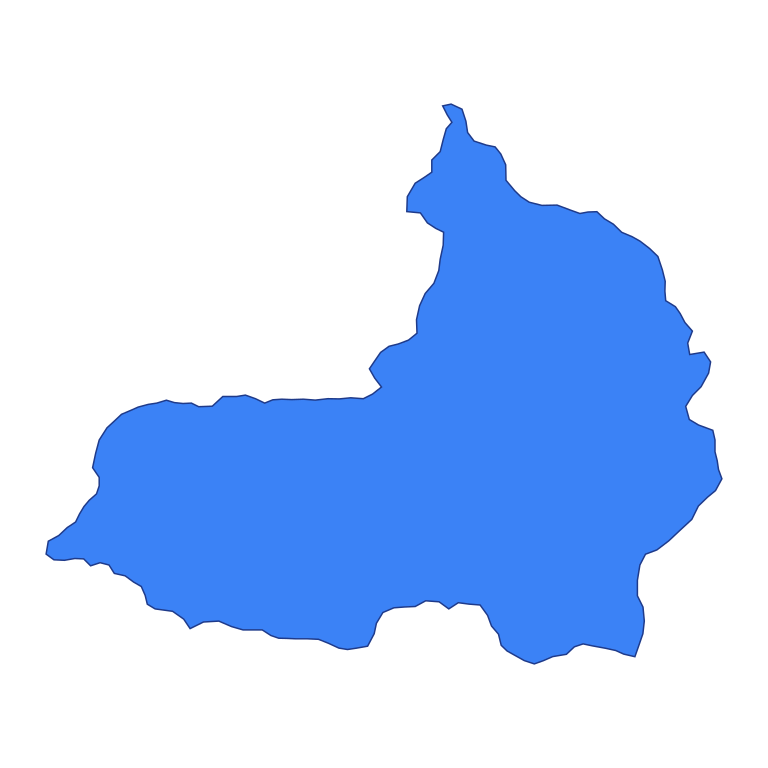 outline of São Pedro da União, Minas Gerais, Brazil
{"feature_id": "56859067B79679337847507", "entity_name": "São Pedro da União", "entity_type": "district", "adm_level": 2, "iso_a3": "BRA", "parent_name": "Brazil", "parent_adm1": "Minas Gerais", "projection": "albers", "projection_center": [-46.65, -21.105], "detail": "fine", "context": "isolated", "style": "filled", "palette": "blue", "viewbox_px": 768, "rotation_deg": 0, "n_neighbors": 0, "source": "geoboundaries", "source_scale": "gbopen_adm2", "svg_char_len": 2561}
<svg xmlns="http://www.w3.org/2000/svg" viewBox="0 0 768 768"><path d="M451.1,104.1L442.7,105.9L447.2,114.8L451.9,122.3L446.3,128.7L443.2,139.6L440.2,151.6L431.8,160.0L431.8,172.2L423.5,177.9L415.2,183.2L407.3,196.7L406.8,211.6L420.4,212.9L427.4,222.9L435.8,228.4L443.6,232.2L443.2,245.2L440.2,259.2L438.8,270.5L433.9,283.3L425.2,293.5L419.6,305.7L416.5,319.7L417.0,333.2L408.5,340.1L398.2,344.0L389.0,346.3L380.6,352.4L374.2,361.7L369.4,368.8L374.7,378.1L381.5,387.0L372.5,394.1L363.3,398.7L350.7,397.8L339.3,398.9L327.9,398.7L315.3,400.1L303.4,399.2L291.7,399.6L281.7,399.2L272.8,399.8L264.7,403.1L255.5,398.7L245.4,395.1L236.6,396.5L222.8,396.5L212.3,406.2L198.7,406.7L191.4,403.1L183.0,403.5L174.4,402.6L166.4,400.2L156.8,403.1L148.2,404.4L138.1,407.1L130.7,410.4L121.5,414.3L114.2,421.2L107.0,427.8L99.2,440.0L95.7,453.1L92.6,467.7L99.2,477.4L99.2,485.9L96.5,493.9L89.2,500.3L84.0,506.5L79.5,514.0L75.6,522.0L67.3,527.5L58.8,535.5L48.3,541.2L46.1,554.1L53.9,559.8L64.4,560.3L74.8,558.5L83.7,558.9L90.6,565.8L100.1,562.7L109.0,565.0L114.3,573.4L125.1,575.8L133.8,582.2L141.3,586.5L145.2,595.5L147.3,604.2L155.1,608.9L172.6,611.3L183.7,619.1L190.1,628.6L203.5,622.0L218.8,621.1L231.6,626.6L243.0,629.9L252.8,629.9L262.2,629.9L270.9,635.5L278.7,638.2L286.8,638.4L295.7,638.8L307.4,638.8L318.5,639.3L328.5,643.3L338.9,648.1L347.5,649.5L356.2,648.2L367.6,646.2L374.2,633.7L376.4,623.3L382.9,612.5L393.9,607.8L404.3,607.0L415.2,606.5L425.7,600.8L439.1,601.8L448.8,608.9L458.3,602.7L468.9,604.1L480.1,605.0L487.6,615.4L491.5,626.0L498.5,634.2L501.2,645.3L507.1,651.0L515.5,655.7L524.3,660.6L534.3,663.9L543.3,660.7L552.7,656.6L566.4,654.3L574.4,646.8L583.1,643.9L592.6,645.9L605.7,648.3L615.7,650.5L623.7,654.1L634.9,656.7L639.0,645.0L642.9,633.7L644.3,621.0L643.0,607.1L637.4,595.8L637.4,580.3L639.9,565.0L645.5,554.2L656.9,549.9L668.7,540.9L680.1,530.2L691.8,519.4L698.4,506.0L707.5,497.2L715.5,490.6L721.9,478.8L718.5,469.5L717.2,460.6L715.0,451.8L715.0,440.0L712.8,430.3L698.5,425.0L689.3,419.5L685.7,406.4L692.4,395.5L701.1,386.7L708.6,373.1L710.6,361.9L704.1,352.1L689.7,354.5L687.7,343.1L692.4,331.1L684.9,322.5L680.2,313.6L675.4,306.7L665.7,300.7L664.9,291.2L665.2,281.3L662.4,270.0L657.9,256.5L649.6,248.5L640.1,241.2L632.3,236.8L621.7,232.3L613.4,224.2L604.4,218.8L596.9,211.7L588.0,212.0L579.9,213.5L570.7,210.2L557.1,205.1L541.9,205.4L529.2,202.2L520.8,196.7L514.7,190.7L506.0,180.3L505.7,164.8L500.8,154.0L495.1,146.9L486.3,145.1L474.1,141.1L467.6,132.5L465.9,121.2L462.0,109.2L451.1,104.1Z" fill="#3b82f6" stroke="#1e3a8a" stroke-width="1.5"/></svg>